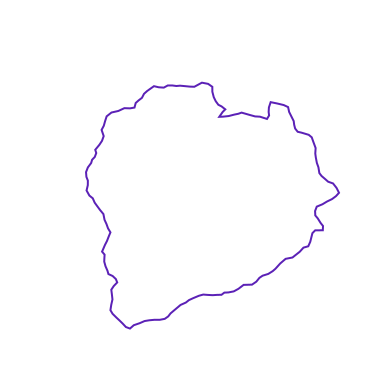 the district of Santa Adélia, São Paulo, Brazil, rotated 59°
{"feature_id": "56859067B26078522690212", "entity_name": "Santa Adélia", "entity_type": "district", "adm_level": 2, "iso_a3": "BRA", "parent_name": "Brazil", "parent_adm1": "São Paulo", "projection": "mercator", "projection_center": [-48.82, -21.32], "detail": "fine", "context": "isolated", "style": "outline", "palette": "violet", "viewbox_px": 384, "rotation_deg": 59, "n_neighbors": 0, "source": "geoboundaries", "source_scale": "gbopen_adm2", "svg_char_len": 2234}
<svg xmlns="http://www.w3.org/2000/svg" viewBox="0 0 384 384"><g transform="rotate(59 192 192)"><path d="M168.7,65.9L164.7,68.6L159.9,73.5L155.5,78.3L159.1,82.5L162.9,85.1L166.1,86.5L168.0,90.1L162.4,95.0L159.7,99.0L155.3,103.2L149.5,108.6L148.8,112.0L147.4,116.0L145.8,121.4L143.3,126.8L141.6,129.9L139.2,124.5L138.3,120.9L133.8,122.6L130.8,124.5L126.4,124.9L121.9,124.5L116.5,122.9L112.3,120.4L107.6,122.5L103.4,127.2L103.2,131.4L103.0,135.8L100.6,139.5L97.2,144.1L94.7,147.5L93.1,150.8L90.7,153.8L88.2,157.9L88.0,162.4L85.1,166.6L81.7,170.1L82.3,178.2L83.1,182.5L85.5,186.4L86.0,190.7L86.7,194.4L90.0,197.8L88.4,202.0L85.3,206.8L84.6,213.4L82.4,220.1L83.2,226.2L86.5,230.0L89.8,233.5L92.2,237.5L98.6,238.9L101.8,242.8L103.8,247.0L106.0,253.2L109.3,254.0L111.9,257.3L112.9,261.0L115.2,263.5L117.3,268.6L120.4,272.6L124.6,274.7L128.6,275.4L132.5,277.8L136.4,281.6L142.2,281.8L146.3,280.3L151.0,280.9L155.7,280.5L160.0,280.1L165.3,279.3L170.8,281.3L175.4,281.8L179.9,282.7L184.6,282.7L187.1,286.1L190.2,290.1L192.5,293.8L194.8,297.0L196.8,299.8L200.7,299.2L203.6,301.2L206.5,303.1L211.2,304.4L215.9,305.0L219.3,305.9L223.1,303.3L227.4,302.1L231.0,302.7L232.3,307.5L234.2,311.5L238.5,313.4L243.1,315.5L247.2,319.4L251.3,322.8L255.5,322.8L260.6,321.5L264.8,320.3L269.0,319.2L273.7,318.2L277.1,315.5L276.2,310.5L277.5,304.4L278.2,299.1L280.0,294.6L282.1,290.2L285.0,285.3L286.7,280.7L286.4,276.5L285.0,272.9L284.1,267.4L282.9,260.0L283.6,254.2L283.1,250.3L283.6,245.7L284.5,239.5L285.7,235.2L288.4,231.4L291.1,227.4L293.3,223.1L295.3,219.7L294.9,216.1L296.8,212.6L298.7,207.4L298.9,202.2L298.2,195.6L302.3,188.3L302.0,183.1L300.3,178.4L300.1,174.6L301.5,168.8L301.4,163.6L300.8,160.1L298.7,153.2L297.5,146.2L299.9,139.6L299.4,135.8L298.7,130.4L297.1,125.1L298.4,120.3L295.6,116.3L289.3,110.0L288.3,106.1L292.2,99.6L288.6,97.2L284.8,97.7L279.3,97.8L275.6,98.4L271.7,96.3L268.8,92.6L269.7,86.5L269.7,81.2L270.2,75.6L269.7,70.7L268.4,66.4L262.9,66.0L257.3,66.7L253.3,70.0L249.2,71.3L245.0,72.7L241.4,73.1L235.9,70.9L231.4,70.0L226.2,68.1L222.5,66.5L218.0,63.4L211.2,62.1L206.8,61.2L203.1,62.5L197.5,67.6L194.8,70.4L190.7,70.9L187.0,69.8L183.6,68.3L178.4,67.9L173.4,67.5L168.7,65.9Z" fill="none" stroke="#5b21b6" stroke-width="2"/></g></svg>